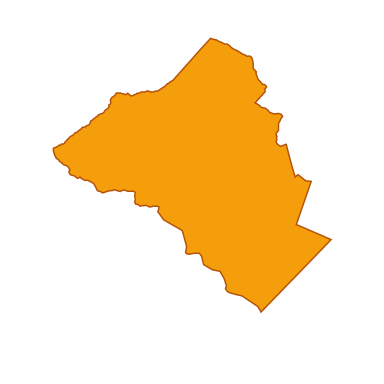 the district of Curimatá, Piauí, Brazil, rotated 339°
{"feature_id": "56859067B38389486255432", "entity_name": "Curimatá", "entity_type": "district", "adm_level": 2, "iso_a3": "BRA", "parent_name": "Brazil", "parent_adm1": "Piauí", "projection": "mercator", "projection_center": [-44.372, -9.975], "detail": "fine", "context": "isolated", "style": "filled", "palette": "amber", "viewbox_px": 384, "rotation_deg": 339, "n_neighbors": 0, "source": "geoboundaries", "source_scale": "gbopen_adm2", "svg_char_len": 3159}
<svg xmlns="http://www.w3.org/2000/svg" viewBox="0 0 384 384"><g transform="rotate(339 192 192)"><path d="M307.1,224.8L302.2,222.3L297.2,213.8L295.0,214.5L293.7,215.0L294.6,203.0L297.0,181.2L291.1,181.2L289.7,179.3L288.6,177.1L288.5,175.0L289.9,173.8L290.3,171.8L291.3,170.5L291.0,169.0L291.9,167.1L294.7,165.7L297.4,158.9L298.8,157.9L301.2,155.5L302.4,154.6L303.7,153.9L303.2,151.5L300.8,149.6L297.1,148.7L295.9,148.0L293.1,145.6L292.1,142.5L290.2,139.8L287.2,138.0L285.7,134.8L282.8,131.3L284.2,130.8L286.1,129.6L288.2,128.8L290.6,127.2L291.9,127.1L293.0,126.2L296.2,124.6L296.7,122.2L299.2,120.9L299.0,119.0L297.8,117.3L296.3,116.8L296.0,115.2L294.0,110.2L294.2,108.2L294.1,106.6L294.3,103.9L295.1,102.9L293.7,99.1L293.5,97.6L294.9,95.1L295.4,93.1L296.0,88.3L295.2,86.4L294.2,85.6L292.0,85.0L291.1,83.7L288.1,80.8L287.0,79.0L284.2,75.5L282.4,73.9L280.5,71.2L279.8,69.5L277.9,66.5L275.9,65.9L272.9,62.7L270.7,60.6L269.4,58.8L267.4,57.7L264.4,55.2L250.3,62.3L214.3,80.9L212.3,81.2L210.5,81.4L209.3,82.3L207.7,82.1L205.5,83.2L204.0,83.8L202.6,83.9L201.1,84.4L199.0,84.8L195.7,85.5L194.5,84.7L193.1,84.8L191.6,84.6L190.0,84.5L189.2,83.4L187.6,82.5L186.7,81.5L185.3,81.8L183.4,81.7L181.4,80.7L179.9,80.4L178.0,80.9L176.3,80.1L175.1,80.6L172.8,80.5L171.1,80.8L169.5,80.5L168.8,79.4L168.1,77.9L167.3,76.7L165.9,77.3L164.4,77.1L163.6,76.0L162.3,75.4L160.3,73.7L158.7,73.3L156.8,72.5L155.2,73.8L153.4,74.6L151.3,75.0L149.9,75.8L148.7,76.9L148.4,79.0L147.5,80.5L145.4,81.1L145.2,82.6L143.5,83.8L142.2,84.2L140.3,84.5L138.4,86.0L136.9,86.6L135.1,86.4L132.3,86.4L131.0,87.3L129.1,87.6L127.7,88.3L126.3,88.4L124.8,89.2L123.0,89.4L122.0,90.7L120.2,92.3L119.0,92.6L117.3,92.2L115.3,93.1L113.0,92.3L110.6,93.6L107.9,94.1L106.2,95.2L104.6,94.6L102.2,95.8L100.5,96.5L99.2,96.4L97.0,97.2L95.7,98.0L94.2,98.4L92.8,99.4L91.4,99.8L90.4,100.8L89.2,101.2L87.3,100.4L86.1,101.5L84.9,100.6L82.6,101.3L80.7,101.5L78.3,101.5L77.5,103.3L77.2,104.8L77.2,107.2L76.9,108.8L77.4,110.0L77.3,111.8L79.0,114.2L79.2,115.6L80.5,117.6L81.1,118.8L82.0,120.6L84.2,122.3L85.4,124.2L85.6,125.5L86.1,127.6L84.8,128.4L84.2,129.9L84.3,131.2L84.9,132.5L86.2,133.5L88.1,135.0L89.5,137.7L90.8,138.4L92.8,137.9L93.6,139.9L94.8,141.1L96.0,142.8L97.5,143.1L98.9,143.6L100.1,145.3L101.7,146.7L103.3,149.2L103.8,152.8L104.2,156.9L107.2,159.3L108.4,160.9L110.7,160.9L115.1,161.2L118.0,162.1L120.4,162.1L124.4,165.3L125.5,165.9L127.9,165.4L130.3,166.4L132.1,168.2L133.9,168.9L135.5,169.5L138.0,170.6L138.7,171.6L138.6,173.0L137.0,175.1L136.5,178.7L134.8,181.1L135.2,183.3L137.0,184.2L137.7,185.4L138.6,186.7L140.6,186.8L142.0,187.6L143.5,187.6L145.6,189.1L146.6,190.5L148.1,191.1L151.5,191.5L152.7,192.2L155.0,193.0L155.8,194.2L154.6,196.2L152.9,198.4L153.5,199.7L155.6,207.9L169.1,224.5L167.5,240.7L165.6,244.3L164.5,245.7L164.6,247.4L165.9,248.5L167.6,249.2L172.2,250.0L176.9,251.9L177.9,255.3L176.9,264.0L183.2,272.0L189.7,276.0L191.0,284.4L190.5,291.9L188.6,294.3L189.1,296.9L190.9,299.4L197.4,304.2L201.4,306.9L212.4,322.4L213.4,328.8L249.3,312.1L259.1,307.6L304.8,286.3L298.3,279.9L290.7,272.5L280.5,262.5L277.7,259.8L287.5,248.1L307.1,224.8Z" fill="#f59e0b" stroke="#b45309" stroke-width="1.5"/></g></svg>